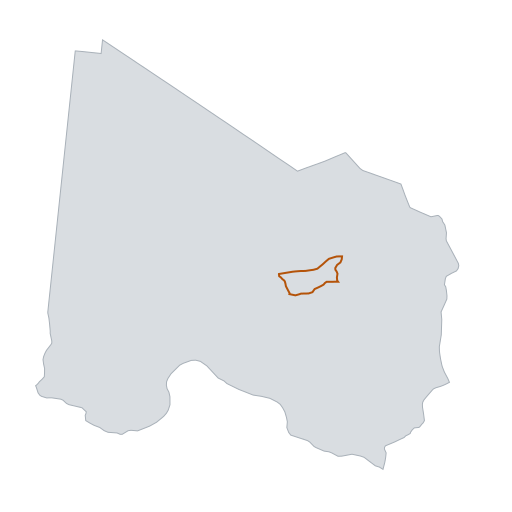 Libya, with Sabha highlighted, rotated 186°
{"feature_id": "LBY-2971", "entity_name": "Sabha", "entity_type": "Municipality", "adm_level": 1, "iso_a3": "LBY", "parent_name": "Libya", "parent_adm1": "", "projection": "mercator", "projection_center": [14.98, 26.993], "detail": "fine", "context": "in_parent", "style": "outline", "palette": "amber", "viewbox_px": 512, "rotation_deg": 186, "n_neighbors": 0, "source": "natural_earth", "source_scale": "10m", "svg_char_len": 3730}
<svg xmlns="http://www.w3.org/2000/svg" viewBox="0 0 512 512"><g transform="rotate(186 256 256)"><path d="M55.8,147.2L58.9,145.6L63.3,143.8L65.6,142.4L66.5,141.3L69.8,136.6L71.6,134.0L73.9,130.5L74.9,128.0L75.0,125.7L74.6,123.0L72.8,116.3L71.3,109.9L72.4,107.4L73.4,106.2L75.4,103.1L76.2,102.5L80.6,101.6L82.4,99.5L83.8,97.0L84.1,95.6L86.0,94.2L88.3,92.8L89.7,91.0L94.4,88.2L98.6,85.6L103.5,82.9L107.4,80.8L108.2,79.0L108.1,77.4L106.0,73.8L106.0,69.5L106.2,65.9L106.4,63.8L107.3,57.9L107.4,57.1L111.3,59.0L115.4,59.8L127.5,67.1L131.3,68.0L139.8,68.9L149.8,65.9L153.5,65.4L160.1,68.1L163.0,68.9L167.9,69.1L176.2,71.7L178.3,72.6L183.1,76.6L185.5,77.8L202.7,81.5L205.0,83.9L207.4,88.6L207.5,94.4L208.8,98.6L211.0,104.0L213.6,107.8L216.4,111.0L219.7,113.0L227.3,115.9L235.8,117.0L244.3,117.4L259.1,121.5L271.6,126.1L274.7,128.4L280.9,130.7L293.4,141.6L300.3,145.4L305.2,146.1L309.5,145.4L317.3,141.6L320.5,139.4L328.2,130.0L330.8,125.0L331.8,121.6L331.6,118.0L330.6,114.8L328.4,111.5L326.9,107.1L326.0,99.1L327.2,93.5L328.7,90.2L331.1,86.8L337.5,80.3L344.0,75.7L355.5,69.7L362.1,69.6L364.9,68.9L370.4,64.7L372.6,64.5L375.7,65.5L384.7,65.2L388.7,66.4L393.4,69.1L399.4,70.7L403.6,72.4L408.1,74.5L409.2,79.7L408.7,81.3L408.5,83.3L413.2,86.9L426.5,88.6L429.1,89.6L432.8,92.4L435.1,93.2L444.2,93.6L449.5,93.0L454.6,94.0L456.4,94.9L458.4,97.1L460.7,102.3L461.6,104.0L460.6,104.9L459.2,106.7L458.3,108.3L455.9,111.0L453.9,113.8L454.1,117.9L454.5,122.1L455.9,126.2L457.0,130.7L456.7,133.7L455.7,137.3L454.5,140.3L450.6,146.6L450.0,148.0L450.2,150.1L452.6,157.5L452.8,159.8L454.2,166.9L455.5,172.7L457.0,177.2L457.2,178.5L457.2,185.2L457.2,191.8L457.2,198.5L457.2,205.1L457.2,211.7L457.2,218.3L457.2,224.9L457.2,231.5L457.2,238.0L457.2,244.6L457.2,251.1L457.2,257.6L457.2,264.1L457.2,270.6L457.2,277.1L457.2,283.6L457.2,290.0L457.2,296.5L457.2,302.9L457.2,309.3L457.2,315.7L457.2,322.1L457.2,328.5L457.2,334.9L457.2,341.3L457.2,347.6L457.2,354.0L457.2,360.3L457.2,366.6L457.2,372.9L457.2,379.2L457.2,385.5L457.2,399.5L457.2,413.3L457.2,427.2L457.2,441.0L456.9,441.1L450.4,441.2L444.0,441.2L437.6,441.2L431.2,441.2L431.2,444.6L431.2,448.0L431.2,451.5L431.2,454.9L418.8,448.4L406.4,441.9L393.9,435.3L381.5,428.8L369.0,422.2L356.6,415.7L344.2,409.1L331.7,402.5L319.3,395.9L306.9,389.3L294.4,382.7L282.0,376.0L269.5,369.4L257.1,362.7L244.7,356.0L232.2,349.4L223.6,344.7L214.4,349.3L207.1,352.8L197.6,357.4L186.6,363.5L178.1,368.1L177.7,368.0L177.3,367.9L168.6,360.1L161.7,353.9L158.7,352.2L145.8,349.1L132.9,346.0L119.4,342.7L116.9,337.7L114.2,332.1L110.5,325.0L108.2,320.7L107.4,320.1L97.1,316.7L86.1,313.3L79.7,315.3L78.6,315.2L76.8,313.9L74.9,312.2L74.0,309.7L71.4,306.5L69.0,299.0L68.8,293.1L68.3,291.0L62.6,282.6L57.4,274.9L54.0,269.8L53.3,267.5L53.7,264.6L55.1,262.1L60.1,259.0L64.6,255.7L65.3,253.4L65.6,247.1L64.1,245.2L63.0,241.4L61.9,236.3L61.7,233.1L63.8,226.6L66.1,219.7L64.6,212.2L63.5,196.9L64.2,184.9L63.6,180.5L63.2,178.6L61.7,172.9L59.8,167.0L59.0,165.0L56.5,160.2L52.5,154.3L50.4,150.6L53.3,148.7L55.8,147.2Z" fill="#d9dde1" stroke="#a8b0b8" stroke-width="1"/><path d="M218.8,221.6L218.7,222.5L220.6,225.3L223.1,229.1L223.8,231.5L224.7,233.8L225.7,234.8L227.4,235.8L229.0,237.3L230.8,238.3L231.3,240.3L231.3,240.5L217.9,244.2L215.1,244.8L210.2,245.7L205.3,246.3L200.7,247.5L197.4,248.3L193.6,249.8L191.5,252.0L188.8,254.7L186.1,257.8L183.2,260.8L178.6,262.8L175.6,264.0L170.4,264.6L170.4,261.6L171.4,258.4L174.4,255.6L175.9,252.3L175.6,250.6L174.2,249.0L173.1,246.9L173.3,243.1L172.7,240.1L171.7,239.0L180.3,238.0L183.1,237.7L184.7,236.3L185.8,234.6L188.2,232.9L190.9,231.2L194.2,229.3L196.1,225.9L199.9,224.2L202.6,223.9L207.3,223.3L208.9,222.5L212.7,221.0L218.8,221.6Z" fill="none" stroke="#b45309" stroke-width="2"/></g></svg>